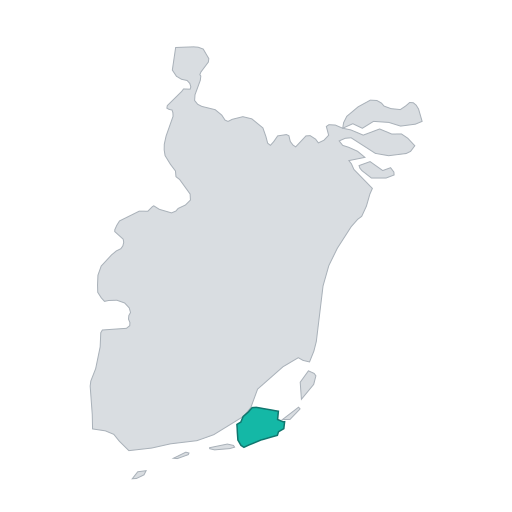 Terschelling, Netherlands (highlighted), rotated 176°
{"feature_id": "6326949B18188251014258", "entity_name": "Terschelling", "entity_type": "district", "adm_level": 2, "iso_a3": "NLD", "parent_name": "Netherlands", "parent_adm1": "", "projection": "mercator", "projection_center": [5.382, 53.344], "detail": "fine", "context": "in_parent", "style": "filled", "palette": "teal", "viewbox_px": 512, "rotation_deg": 176, "n_neighbors": 0, "source": "geoboundaries", "source_scale": "gbopen_adm2", "svg_char_len": 3524}
<svg xmlns="http://www.w3.org/2000/svg" viewBox="0 0 512 512"><g transform="rotate(176 256 256)"><path d="M321.6,469.6L312.3,469.3L303.7,469.0L299.1,468.3L294.2,466.1L292.0,461.6L289.3,456.2L290.0,452.8L298.1,443.4L299.4,440.8L298.5,439.4L299.3,435.2L305.6,421.1L306.4,415.4L303.6,411.4L299.6,409.0L286.5,404.8L280.3,398.9L277.4,393.7L274.5,392.2L270.2,394.0L259.4,395.9L250.6,393.1L240.2,383.3L237.8,374.5L236.5,367.7L233.9,365.4L230.4,368.8L226.0,374.3L217.2,375.0L214.8,373.7L214.3,370.7L213.8,367.8L211.4,364.1L208.8,362.1L197.8,372.3L193.6,372.3L188.4,368.4L185.9,364.5L180.2,366.7L175.1,371.4L176.8,380.3L174.1,381.9L167.8,381.1L160.6,377.4L152.7,375.2L140.6,369.1L123.8,374.1L112.1,368.2L102.4,367.6L96.4,362.9L89.9,354.9L94.5,349.6L98.9,347.8L116.7,346.8L129.7,350.0L152.9,367.3L158.8,367.2L165.0,365.0L161.8,360.3L156.0,358.0L147.4,353.4L140.5,346.8L156.7,344.7L154.4,341.3L152.3,335.5L135.2,315.3L138.1,309.8L142.4,298.0L147.8,288.2L152.0,285.5L159.0,278.6L174.3,258.1L184.0,241.4L191.2,221.5L201.8,166.5L204.9,157.1L210.0,146.6L216.4,148.6L220.9,151.6L236.7,143.7L263.7,123.1L271.7,105.3L279.5,97.0L310.6,80.7L327.8,75.9L354.3,74.6L373.4,71.7L396.4,70.7L405.2,80.7L410.3,88.0L418.5,92.1L431.1,94.9L430.4,109.4L430.5,137.8L429.5,142.8L423.8,154.8L417.8,176.2L416.2,190.3L414.4,192.9L390.3,192.9L386.8,195.3L386.4,198.3L387.6,201.9L387.0,205.5L385.1,208.4L386.1,213.1L390.3,218.3L397.9,221.6L406.1,221.9L410.3,221.3L413.3,225.1L416.4,230.8L416.1,238.1L415.0,247.9L411.1,256.8L400.0,267.2L395.0,270.8L390.3,272.7L388.1,275.4L387.0,278.9L387.3,282.0L395.2,290.2L395.0,292.1L392.7,296.4L389.7,300.5L369.3,308.9L360.8,308.2L356.0,312.4L354.5,313.2L349.2,309.3L337.3,304.9L332.8,306.4L330.3,308.9L322.8,311.8L317.5,316.4L317.4,322.4L326.9,337.7L330.3,340.7L330.4,346.4L335.0,353.5L339.7,362.5L340.2,368.2L339.7,373.9L337.3,382.0L329.0,401.1L328.9,404.7L329.6,407.5L332.5,408.3L334.6,409.7L334.0,412.2L318.6,425.4L316.6,427.7L310.1,427.0L309.2,429.2L310.0,432.8L312.5,435.9L318.0,437.5L322.8,440.8L326.5,447.3L321.6,469.6ZM160.6,377.4L159.3,382.9L155.7,389.0L143.7,397.7L131.1,403.5L124.6,402.7L120.2,399.8L117.8,396.6L111.1,393.6L101.8,392.0L96.1,395.3L92.0,398.4L88.4,397.9L85.7,395.3L83.6,391.3L80.9,378.7L87.8,376.4L102.7,375.5L114.2,380.0L129.4,382.1L141.0,376.0L150.2,381.2L160.6,377.4ZM135.4,325.7L144.3,333.7L146.2,336.3L146.9,339.0L135.6,342.2L123.6,332.4L115.6,334.7L112.6,330.1L112.6,327.2L120.8,324.7L135.4,325.7ZM220.7,127.0L211.7,137.8L206.2,134.8L204.6,132.3L207.4,123.9L220.7,109.9L220.7,127.0ZM260.7,79.1L252.3,80.3L248.4,78.2L268.9,72.1L281.8,70.3L284.1,71.1L260.7,79.1ZM315.7,68.0L297.7,70.4L291.7,68.6L290.7,66.8L295.6,65.7L310.9,65.5L315.6,67.0L315.7,68.0ZM241.0,91.0L224.1,102.2L222.7,100.4L233.5,90.6L241.0,91.0ZM389.0,49.0L380.6,49.5L383.0,45.5L390.8,42.4L395.0,42.4L389.0,49.0ZM352.5,60.0L339.7,65.2L336.6,64.1L337.4,62.6L348.6,59.4L352.5,60.0Z" fill="#d9dde1" stroke="#a8b0b8" stroke-width="1"/><path d="M281.4,66.0L278.0,67.3L275.9,68.1L271.8,69.4L267.7,70.8L263.6,72.2L262.3,72.4L260.8,72.7L254.0,74.2L247.2,75.6L245.8,79.1L244.6,79.7L240.3,81.8L239.6,85.6L239.0,88.7L240.4,88.7L242.5,89.7L243.2,90.1L245.9,91.4L245.4,94.1L245.0,96.6L244.5,99.6L247.9,100.4L251.3,101.3L255.4,102.3L259.5,103.3L262.9,104.2L266.3,105.0L270.4,105.0L272.5,103.0L274.5,100.9L277.2,98.9L278.0,98.3L280.0,96.8L281.4,94.1L282.7,91.4L284.1,90.7L285.5,90.0L286.8,89.3L286.8,85.4L286.9,81.5L286.9,77.5L286.9,73.6L286.0,71.9L285.9,71.6L284.2,68.1L281.4,66.0Z" fill="#14b8a6" stroke="#0f766e" stroke-width="1.5"/></g></svg>